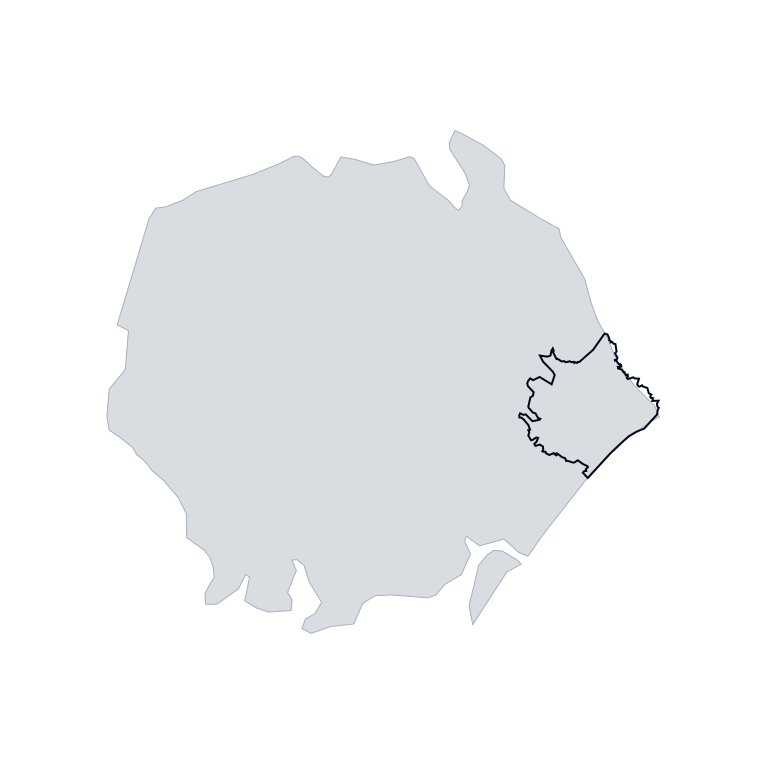 Pujehun, Southern, Sierra Leone shown in context, rotated 287°
{"feature_id": "65957751B2614126839094", "entity_name": "Pujehun", "entity_type": "district", "adm_level": 2, "iso_a3": "SLE", "parent_name": "Sierra Leone", "parent_adm1": "Southern", "projection": "albers", "projection_center": [-11.562, 7.3], "detail": "medium", "context": "in_parent", "style": "outline", "palette": "ink", "viewbox_px": 768, "rotation_deg": 287, "n_neighbors": 0, "source": "geoboundaries", "source_scale": "gbopen_adm2", "svg_char_len": 3541}
<svg xmlns="http://www.w3.org/2000/svg" viewBox="0 0 768 768"><g transform="rotate(287 384 384)"><path d="M646.9,377.7L646.5,383.2L641.5,408.5L633.6,430.2L628.5,435.6L606.2,441.4L596.8,451.0L588.7,481.9L583.5,506.1L575.8,510.2L543.1,545.2L521.8,558.6L506.8,570.0L492.7,584.9L474.9,599.3L455.8,623.7L442.2,649.1L432.9,657.0L425.9,649.8L393.2,624.8L358.9,608.0L285.8,579.9L261.4,572.0L262.3,562.1L270.8,544.0L257.2,522.6L262.5,507.2L257.2,507.1L246.7,516.4L224.4,513.7L209.7,500.4L197.6,495.4L192.4,488.7L184.7,453.6L179.2,437.7L168.1,427.8L145.7,425.3L136.5,403.9L124.2,387.2L126.2,377.0L136.3,377.6L144.2,385.1L157.0,388.2L172.9,370.3L187.2,360.6L190.5,352.1L188.8,347.4L180.1,354.7L156.5,352.7L150.7,359.2L140.2,361.3L132.1,340.2L132.5,327.8L135.9,314.2L159.7,312.0L161.7,307.6L145.3,304.6L124.7,288.7L121.1,277.8L131.3,274.1L141.1,275.8L149.5,278.2L158.7,274.3L167.3,268.3L172.5,260.7L179.5,240.1L201.8,233.3L215.0,220.8L227.5,201.3L233.3,187.5L238.4,180.7L241.7,174.8L244.1,168.3L249.7,162.3L255.5,147.8L259.6,134.6L272.4,128.3L298.6,122.7L322.2,132.4L360.4,124.0L362.5,111.6L397.5,111.4L439.0,111.2L473.6,111.0L485.4,114.3L489.7,123.6L501.1,138.1L513.0,148.1L527.8,170.1L544.9,195.7L563.5,218.8L575.4,231.4L576.8,235.8L575.9,240.8L570.1,252.5L565.1,265.3L565.6,270.1L569.1,272.5L588.5,276.4L590.3,290.6L590.4,310.2L599.8,328.6L608.8,342.0L608.4,346.8L586.5,369.9L578.0,392.8L573.7,399.2L572.0,404.3L576.4,406.7L582.4,405.2L590.9,407.1L599.0,407.7L609.7,399.5L627.5,378.5L633.5,375.9L646.9,377.7ZM254.4,563.2L251.8,567.8L240.2,556.4L179.9,539.2L196.9,530.2L238.8,527.6L251.2,532.9L256.8,537.4L258.9,545.7L254.4,563.2Z" fill="#d9dde1" stroke="#a8b0b8" stroke-width="1"/><path d="M496.7,580.2L477.9,574.0L462.1,564.3L461.7,562.8L460.6,562.5L460.7,560.6L459.7,559.9L460.7,559.1L459.6,556.6L460.1,555.2L458.0,551.5L458.5,549.5L457.5,547.4L458.8,542.6L458.3,541.7L463.7,536.5L465.4,536.6L467.4,535.0L464.9,534.4L459.9,534.9L457.9,532.3L456.8,524.8L451.9,529.5L445.3,541.6L442.6,544.6L432.7,544.4L436.2,530.8L431.2,525.4L432.2,522.2L428.6,520.8L426.2,520.9L424.0,522.3L419.9,529.5L416.2,529.8L414.0,527.9L404.6,528.6L403.5,529.4L400.2,534.7L400.2,537.4L396.4,541.4L396.4,543.6L395.3,543.3L391.8,536.8L396.4,528.4L395.2,526.1L395.8,522.8L393.5,522.5L391.6,523.3L392.0,525.1L391.0,527.8L387.0,534.0L383.0,537.0L382.0,535.5L380.4,537.0L376.9,537.1L373.6,540.6L373.2,541.3L374.4,542.8L377.4,545.3L377.5,547.1L373.5,546.8L370.7,545.2L369.1,546.9L371.6,550.8L370.7,554.3L367.6,555.5L365.0,554.8L365.9,555.2L366.3,558.4L365.2,559.0L364.4,562.8L367.5,566.5L366.7,567.5L367.4,568.4L366.6,568.2L366.1,569.6L367.9,570.8L366.0,576.0L366.1,578.8L363.6,580.8L364.2,581.6L364.1,587.5L364.5,588.9L367.7,591.6L365.6,597.7L364.9,602.7L364.2,603.3L361.5,601.9L360.0,602.8L359.2,601.0L357.3,600.1L353.7,606.4L383.5,620.6L399.4,629.6L405.7,633.5L411.9,639.1L417.5,645.9L434.6,654.0L439.9,653.3L441.5,653.8L442.5,651.9L445.1,650.8L448.3,651.4L446.3,645.5L449.1,645.4L448.8,643.1L449.6,642.3L452.1,642.8L452.5,640.0L457.2,637.0L457.3,632.3L458.2,631.2L456.1,629.1L456.4,627.6L457.8,626.2L463.6,626.3L462.6,621.8L463.3,620.5L460.0,615.8L461.0,614.3L462.7,615.0L464.2,614.3L463.0,612.7L465.6,610.5L465.1,609.8L467.2,607.4L467.4,603.2L468.7,602.6L469.0,604.1L471.1,604.5L469.8,605.3L470.2,605.8L471.6,604.9L471.7,602.6L474.1,599.4L473.8,598.1L474.5,597.8L475.0,599.3L477.4,599.6L480.9,595.9L483.0,596.9L489.8,593.7L489.7,591.7L490.9,589.9L490.1,588.6L491.5,588.1L491.7,586.5L493.5,586.1L496.8,583.1L496.7,580.2Z" fill="none" stroke="#020617" stroke-width="2"/></g></svg>